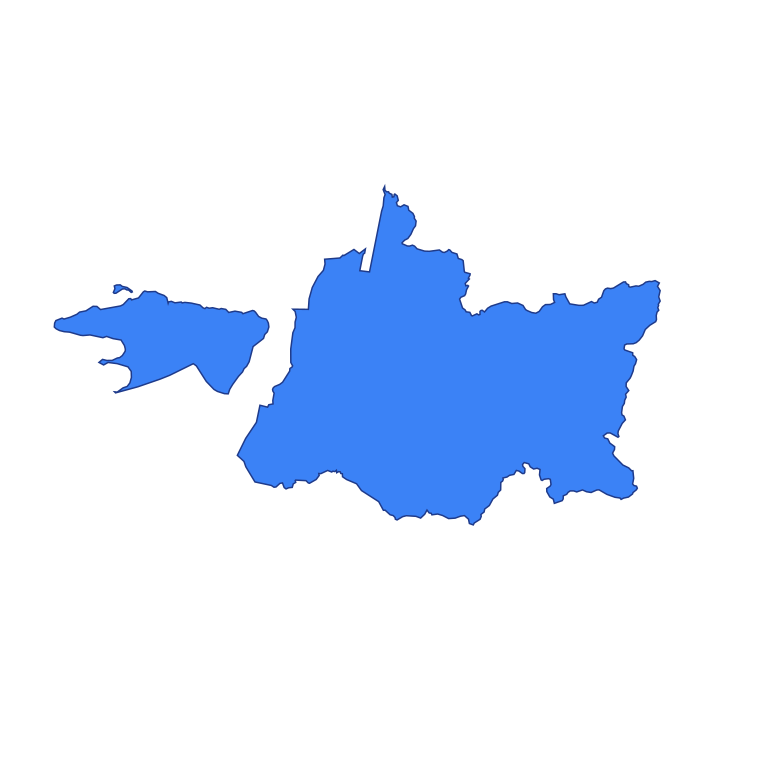 Erakor, Shefa, Vanuatu, rotated 71°
{"feature_id": "77236927B27814537301823", "entity_name": "Erakor", "entity_type": "district", "adm_level": 2, "iso_a3": "VUT", "parent_name": "Vanuatu", "parent_adm1": "Shefa", "projection": "robinson", "projection_center": [168.36, -17.71], "detail": "fine", "context": "isolated", "style": "filled", "palette": "blue", "viewbox_px": 768, "rotation_deg": 71, "n_neighbors": 0, "source": "geoboundaries", "source_scale": "gbopen_adm2", "svg_char_len": 6150}
<svg xmlns="http://www.w3.org/2000/svg" viewBox="0 0 768 768"><g transform="rotate(71 384 384)"><path d="M197.5,319.1L199.9,321.5L205.3,321.3L207.8,323.4L215.4,326.8L219.8,330.0L273.3,361.2L269.0,370.0L256.4,362.7L254.4,361.2L254.0,359.7L250.2,357.6L252.6,364.9L247.0,368.6L249.5,380.1L248.8,380.9L250.5,384.7L246.7,399.5L251.4,400.7L256.8,404.3L260.9,411.4L269.4,420.4L279.1,427.1L288.8,431.2L283.6,445.8L286.5,444.4L292.4,445.2L296.5,447.9L301.8,449.8L305.9,453.5L320.6,460.8L333.3,465.1L337.1,464.5L338.1,465.5L338.7,467.9L341.1,469.0L349.3,479.3L350.4,482.7L350.8,488.3L351.6,490.0L352.8,491.1L354.4,491.4L356.9,490.9L363.4,494.5L366.7,495.4L366.1,499.7L368.0,501.6L363.7,508.2L378.7,517.1L390.4,532.5L403.7,545.9L411.6,541.6L417.3,541.6L434.6,537.9L443.2,523.6L445.8,521.6L446.2,519.6L444.1,514.8L444.5,512.2L449.4,512.1L451.3,510.8L451.1,507.9L451.9,504.4L448.9,502.3L448.3,499.5L446.4,499.4L446.1,498.8L450.0,489.2L452.9,487.8L453.6,486.7L452.2,479.2L449.4,475.1L447.4,474.8L448.2,473.0L447.4,465.4L450.2,462.1L449.8,460.7L450.8,459.0L450.1,457.1L452.5,457.6L452.1,455.4L452.8,454.0L454.5,454.0L455.3,452.6L458.2,453.4L462.1,450.5L469.4,442.4L477.4,440.0L493.5,427.3L503.2,425.7L503.7,424.0L509.6,420.8L511.4,418.1L513.9,417.0L515.5,417.3L516.8,415.9L515.5,409.5L515.8,405.8L519.5,396.9L522.7,393.0L520.4,387.9L517.2,384.4L520.6,383.3L521.7,381.4L523.3,381.3L524.4,375.6L527.4,371.4L532.3,366.7L534.0,360.4L533.9,354.7L534.6,350.8L539.3,348.1L543.7,348.7L546.3,345.5L544.8,343.9L543.2,337.2L540.9,335.2L538.9,334.8L537.6,331.0L535.0,329.5L533.2,324.0L528.2,318.5L526.1,313.0L523.6,311.2L522.2,308.2L515.1,305.6L514.4,303.5L513.2,302.4L511.6,302.1L512.0,297.9L511.2,295.0L511.8,290.6L508.8,287.0L510.3,284.7L513.7,282.3L514.2,280.8L513.6,279.8L510.0,278.3L507.1,279.5L505.2,279.2L503.9,277.0L506.6,273.1L509.9,272.7L513.1,270.2L513.5,266.7L515.6,264.3L520.6,266.6L525.8,266.7L526.7,265.9L526.2,263.6L527.1,259.2L528.3,257.8L533.4,258.8L534.7,260.2L535.8,264.2L538.8,265.1L544.8,264.0L548.0,261.4L552.3,261.8L552.3,253.5L551.0,252.0L548.1,250.9L547.8,247.2L546.4,245.3L545.7,242.7L546.8,239.5L548.8,236.9L548.8,230.8L551.8,227.6L554.0,223.5L553.5,217.3L554.1,215.1L560.9,209.2L566.3,202.5L568.6,198.0L570.3,197.4L569.9,194.6L570.5,189.7L568.9,184.8L567.7,183.9L566.2,179.8L565.0,178.4L562.8,178.5L561.4,180.7L559.5,181.5L554.5,178.6L547.0,176.9L546.7,178.1L543.0,179.9L538.4,184.5L526.9,190.0L523.8,190.4L521.0,187.4L518.4,186.3L513.4,189.7L508.7,190.3L506.9,193.0L504.4,193.5L503.0,189.0L503.9,186.1L510.5,180.1L510.1,179.0L507.2,179.0L504.7,177.8L498.8,171.6L496.5,167.4L492.5,167.6L490.7,169.0L488.5,168.7L482.9,165.9L480.6,163.1L477.7,161.7L475.3,159.3L472.3,158.9L469.9,154.7L465.2,155.9L461.8,154.6L458.6,149.4L456.7,147.5L452.8,144.2L448.6,141.9L446.7,139.6L443.2,137.2L439.6,138.0L437.9,139.4L435.4,138.7L430.3,145.2L428.9,145.6L425.5,143.8L425.2,141.4L427.1,135.2L427.0,132.1L425.6,128.4L422.6,123.8L417.5,119.2L415.0,113.5L413.5,106.8L411.8,105.4L407.9,104.3L405.0,102.5L403.7,100.2L400.9,100.3L399.2,98.8L397.9,98.7L395.5,95.9L391.1,95.9L385.6,92.5L380.7,93.6L378.1,90.8L374.5,94.0L374.3,97.5L373.3,99.8L372.9,103.4L374.1,106.5L374.5,111.3L373.3,113.8L372.6,119.7L371.6,120.8L369.8,120.4L368.0,122.2L366.1,122.4L365.5,124.4L368.0,135.9L367.6,138.6L366.1,141.5L366.2,143.7L367.4,145.8L372.8,150.1L373.7,153.5L376.1,155.7L375.9,158.8L373.6,161.0L374.5,169.9L373.0,174.3L368.7,182.3L360.8,183.7L357.6,183.6L356.6,189.4L354.7,191.9L353.8,194.5L359.3,196.2L362.4,196.1L363.0,200.7L361.5,205.5L362.6,209.0L365.9,213.6L366.5,217.4L364.5,221.1L361.0,224.9L359.7,225.9L355.0,227.0L350.9,231.3L349.5,237.0L346.5,240.5L345.5,243.3L345.2,257.4L346.1,261.4L348.6,265.5L346.2,267.2L346.1,268.5L346.6,269.6L349.5,270.6L349.5,272.0L347.9,273.3L348.4,278.3L347.8,279.0L344.2,279.5L342.5,282.8L340.3,283.2L337.7,285.0L328.3,284.9L327.0,283.0L326.7,279.0L325.4,277.5L321.8,275.3L318.9,272.2L318.0,272.7L317.7,274.7L315.3,274.4L312.5,269.1L311.4,269.8L309.0,267.2L307.8,266.7L304.7,271.2L303.6,271.4L293.2,269.0L291.7,269.9L289.5,272.9L284.8,272.7L281.7,276.9L278.6,278.2L278.0,279.1L278.9,280.8L279.3,284.0L278.5,285.7L275.3,288.0L273.3,297.9L271.6,302.3L267.0,308.7L263.6,310.2L262.0,311.9L261.9,315.0L261.1,317.0L257.3,321.1L256.3,320.9L254.7,317.6L254.2,314.1L251.2,309.8L246.7,305.6L244.7,302.7L240.4,300.6L237.1,301.4L235.6,300.7L232.1,301.1L227.7,304.0L223.9,303.5L221.1,306.7L221.9,310.6L219.8,313.3L216.5,313.2L215.0,310.7L210.4,310.3L207.9,311.9L208.1,312.6L210.2,313.7L210.0,315.3L207.3,314.8L205.3,316.9L203.8,317.1L203.1,319.0L201.1,320.0L197.5,319.1ZM305.0,640.7L306.5,617.7L306.5,594.1L306.0,583.8L302.7,557.7L305.8,555.5L323.7,551.2L333.8,546.5L336.8,543.9L341.2,538.0L342.6,534.5L338.8,531.6L335.2,527.3L329.4,519.1L326.5,513.8L323.9,511.3L322.6,508.2L319.1,504.3L306.0,495.6L301.7,483.1L298.4,480.7L296.7,477.3L292.6,474.3L288.8,473.5L285.8,473.8L284.1,474.4L282.0,478.1L279.3,480.6L274.3,482.1L272.5,483.1L271.7,484.4L271.6,494.5L269.9,495.3L266.6,501.2L265.8,507.5L261.9,509.3L259.6,513.4L259.7,515.5L256.1,521.2L255.4,524.7L253.7,526.8L254.4,528.8L253.1,530.3L249.4,532.3L244.8,539.8L242.0,545.7L241.6,548.5L240.5,549.0L239.2,555.2L236.6,558.2L236.2,561.0L237.3,561.8L231.6,561.3L228.7,563.1L224.7,568.0L222.1,570.0L219.9,577.5L218.2,579.9L218.5,581.5L222.7,588.1L222.3,595.3L220.8,595.7L220.3,597.5L224.0,604.7L224.4,607.7L221.3,627.8L217.2,630.2L215.8,633.8L217.8,642.0L216.9,648.4L218.1,651.7L218.7,658.9L218.4,665.4L216.9,667.0L217.2,673.6L219.2,675.6L222.8,677.2L225.1,676.0L227.8,673.4L230.4,669.4L232.6,664.4L239.1,655.1L240.2,652.8L241.9,646.0L248.7,634.7L248.7,630.8L252.9,625.4L256.8,618.3L263.1,616.9L266.7,617.2L268.7,618.0L271.9,622.1L273.0,625.4L272.6,627.7L273.2,633.4L271.5,638.4L269.1,642.1L270.8,646.5L274.7,642.9L273.8,637.9L277.9,629.6L284.4,620.5L289.8,618.9L295.6,620.7L300.2,623.9L302.7,627.6L302.7,632.0L304.8,638.9L303.7,641.3L305.0,640.7ZM204.4,601.1L203.3,604.7L203.5,607.1L206.3,607.4L209.3,610.1L210.4,609.6L210.9,607.9L209.0,600.4L209.7,597.9L211.3,596.6L212.0,594.9L215.1,593.2L215.0,592.0L214.0,592.0L209.1,595.5L206.5,599.7L204.4,601.1Z" fill="#3b82f6" stroke="#1e3a8a" stroke-width="1.5"/></g></svg>